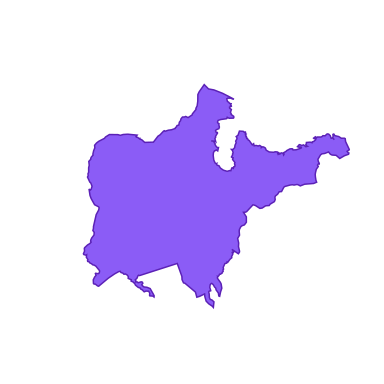 Toba Samosir, Sumatera Utara, Indonesia, rotated 125°
{"feature_id": "22746128B48431928866564", "entity_name": "Toba Samosir", "entity_type": "district", "adm_level": 2, "iso_a3": "IDN", "parent_name": "Indonesia", "parent_adm1": "Sumatera Utara", "projection": "albers", "projection_center": [99.307, 2.386], "detail": "fine", "context": "isolated", "style": "filled", "palette": "violet", "viewbox_px": 384, "rotation_deg": 125, "n_neighbors": 0, "source": "geoboundaries", "source_scale": "gbopen_adm2", "svg_char_len": 6063}
<svg xmlns="http://www.w3.org/2000/svg" viewBox="0 0 384 384"><g transform="rotate(125 192 192)"><path d="M124.9,106.8L121.0,104.2L115.3,97.3L112.5,95.5L111.3,97.2L108.8,99.6L107.0,101.1L105.4,101.9L102.1,103.2L98.7,103.2L98.0,104.6L96.2,104.6L96.1,103.9L95.6,104.1L94.4,106.2L93.0,107.6L88.0,108.0L86.3,107.5L84.3,105.4L80.9,103.1L81.7,100.3L81.4,98.5L79.3,95.0L79.8,90.2L74.8,87.9L71.3,85.4L70.1,85.8L70.3,86.6L69.7,88.3L67.4,87.4L66.9,87.6L62.6,95.1L60.4,97.1L60.5,98.0L62.3,100.5L62.4,103.6L63.9,107.3L63.2,109.1L64.0,109.6L65.8,108.1L67.0,108.0L67.5,105.4L67.0,108.0L67.9,108.5L68.1,109.0L66.6,111.0L66.2,113.1L66.5,114.1L67.3,114.8L69.6,115.2L70.8,117.1L72.1,117.3L73.1,118.0L75.2,121.0L76.3,121.1L76.0,122.6L78.2,123.3L78.3,122.9L77.4,121.0L78.4,120.7L80.8,121.3L81.9,122.2L82.7,121.9L83.4,123.8L85.8,126.7L87.0,126.0L87.8,126.0L88.5,124.4L88.4,123.7L89.6,124.7L89.4,127.6L91.0,128.9L91.3,130.6L91.7,131.3L94.4,131.6L94.2,130.6L92.8,128.6L92.8,128.0L93.5,127.8L97.7,130.9L99.4,133.1L99.6,133.8L99.0,134.3L99.2,134.9L100.5,136.5L103.6,138.1L104.8,138.3L107.1,139.4L108.5,138.2L109.1,138.2L108.4,139.0L108.2,140.1L108.5,141.0L109.4,141.7L110.6,141.8L110.6,142.5L111.8,143.0L111.2,143.9L110.1,143.6L110.3,145.2L111.4,147.0L112.7,148.0L114.9,151.7L115.2,155.2L113.9,157.1L114.0,159.1L114.6,160.2L115.9,160.7L115.0,161.4L115.0,163.2L116.4,164.2L117.1,166.2L118.5,167.6L117.1,169.2L118.8,169.7L117.0,174.7L117.2,175.6L116.5,177.0L116.8,177.8L116.2,178.0L116.0,179.0L115.3,179.3L115.4,180.0L114.9,180.2L114.5,181.1L113.5,180.9L113.5,181.6L112.3,182.5L112.3,182.9L113.1,183.2L112.9,184.8L114.9,188.1L119.0,186.9L121.3,187.6L121.6,186.6L122.6,185.7L125.3,185.4L126.3,184.1L129.0,183.6L131.2,182.5L133.6,182.8L134.5,184.1L134.9,182.5L136.3,180.8L137.7,180.6L138.2,180.0L140.7,179.8L140.8,179.1L140.4,177.9L142.1,177.4L143.2,173.8L144.6,173.3L145.2,172.3L146.6,171.6L147.5,172.3L148.9,171.7L149.0,172.8L149.5,173.2L152.3,172.4L152.7,173.3L154.9,175.1L156.1,178.8L156.1,182.5L155.0,185.0L155.6,186.7L155.1,188.0L154.4,188.1L154.9,188.5L155.0,189.6L153.4,192.4L150.0,195.5L147.5,197.0L145.3,197.2L144.6,196.5L143.6,196.3L143.6,194.5L140.4,195.8L141.0,196.6L140.9,198.1L139.9,200.4L139.1,200.8L138.8,202.2L137.8,202.9L139.1,205.6L137.2,202.2L137.2,201.4L135.1,203.9L133.6,204.0L133.2,204.5L132.1,204.7L129.1,204.9L128.7,205.4L129.3,206.3L128.3,207.9L127.0,207.8L124.7,206.3L123.1,206.8L121.6,208.5L120.5,209.1L120.6,210.6L120.1,211.2L118.4,211.7L116.2,210.1L112.3,205.9L111.7,205.6L110.6,206.0L110.3,203.9L107.7,200.4L107.1,200.4L106.1,201.2L106.0,204.4L105.4,204.8L104.8,206.1L101.8,207.1L101.8,209.2L101.0,209.9L99.2,208.9L98.9,209.2L99.4,209.9L97.2,210.6L97.9,212.0L97.4,213.3L97.5,214.9L95.7,217.0L94.8,216.7L93.0,214.2L92.5,211.9L91.9,210.9L93.6,223.5L95.8,232.6L98.1,237.6L97.0,243.6L105.9,243.6L108.8,243.1L114.4,239.3L118.5,237.2L121.2,236.8L122.1,236.1L127.7,236.5L128.8,236.1L133.3,237.9L133.7,240.5L134.8,241.1L136.0,242.8L138.3,243.0L140.2,242.3L142.1,242.4L144.7,241.2L146.2,242.4L147.7,242.1L148.7,242.5L149.6,242.2L152.8,244.5L154.9,246.8L157.7,248.9L157.6,249.7L158.3,250.2L163.6,251.0L165.8,251.9L173.3,252.2L178.5,259.2L178.0,263.3L178.6,264.9L177.9,265.4L178.6,266.3L178.4,267.9L179.0,269.0L178.7,269.7L176.9,269.6L181.5,277.8L184.4,281.4L186.7,283.2L187.5,285.6L192.3,292.6L196.5,294.4L198.3,294.5L204.0,297.5L206.6,298.3L209.6,298.6L211.6,296.9L214.5,296.3L217.9,294.9L218.5,294.2L220.9,294.5L222.4,294.3L223.2,293.7L226.1,294.1L229.1,291.5L231.4,290.6L235.1,288.0L236.7,287.7L238.2,286.4L239.7,286.2L242.5,281.4L242.7,280.0L244.6,277.2L247.5,276.2L248.6,276.3L248.6,277.4L249.0,277.7L253.3,273.6L255.2,270.9L258.3,264.5L257.7,260.0L258.2,259.0L260.5,258.1L265.5,257.5L276.8,252.9L278.3,251.9L280.4,251.1L281.2,248.9L283.5,247.6L287.1,247.8L289.3,247.4L290.5,246.8L290.9,245.9L292.8,246.1L295.3,247.2L299.2,248.0L299.9,247.9L302.1,246.1L304.9,245.5L305.3,244.8L304.6,242.6L303.9,242.3L306.1,241.1L307.0,238.6L308.2,238.2L308.7,237.6L308.2,236.2L308.7,235.2L308.4,233.1L308.6,231.6L308.0,230.1L307.9,228.1L309.5,222.6L310.5,221.9L312.1,221.6L312.8,222.1L313.8,224.3L314.2,224.4L315.4,222.8L317.5,223.0L320.6,222.5L323.4,220.3L323.6,219.5L322.9,218.3L323.1,215.5L322.7,214.4L310.5,211.1L303.4,208.4L299.3,206.4L298.2,205.4L298.7,203.9L298.1,202.2L298.4,200.6L297.3,199.4L297.2,197.3L297.8,195.7L299.4,194.7L298.7,191.4L299.9,190.8L299.5,188.5L300.1,185.8L300.7,185.0L301.0,181.3L300.4,179.6L300.9,178.3L300.7,176.6L301.2,173.9L299.5,172.8L298.1,170.5L299.2,168.5L301.0,167.5L301.3,167.0L299.7,164.3L299.8,162.9L298.8,163.4L297.9,165.0L295.1,170.9L295.9,174.3L297.3,176.8L297.2,179.0L296.6,180.0L295.0,179.9L294.3,180.9L294.7,182.1L297.2,184.1L297.1,185.4L298.1,186.6L296.9,187.1L296.5,188.1L294.3,187.6L291.7,188.2L290.9,188.1L290.5,187.0L259.0,163.1L267.0,151.8L269.5,149.9L271.3,146.8L270.8,145.5L272.0,131.8L275.4,127.7L273.1,125.9L268.3,123.2L270.4,121.4L273.3,117.8L274.0,114.1L273.9,110.1L274.3,108.3L269.4,111.0L269.0,113.7L269.5,115.5L268.5,117.2L265.7,119.4L264.3,121.0L263.2,121.0L262.3,120.0L262.0,120.1L259.9,122.8L257.6,123.9L256.4,123.9L255.5,123.4L255.7,121.5L256.9,119.0L257.1,117.5L258.4,116.1L259.6,112.5L261.8,110.4L261.6,109.5L257.4,111.3L253.7,112.4L250.6,115.4L249.7,117.0L248.1,121.6L247.4,122.2L246.4,122.2L246.3,122.6L246.0,122.2L245.0,122.0L243.6,122.3L243.1,121.6L241.2,120.8L240.4,121.2L239.3,120.9L237.9,122.0L237.1,121.9L235.9,123.2L231.7,124.0L230.4,122.8L229.1,123.2L229.0,122.4L225.3,122.3L223.0,121.7L222.3,122.5L219.6,122.9L218.4,124.4L218.0,124.2L218.0,123.4L216.8,123.4L216.1,126.4L216.0,118.6L214.2,118.6L213.2,119.1L210.1,122.6L207.0,124.5L203.8,128.0L200.1,128.3L197.0,130.9L195.4,131.7L192.4,132.1L190.8,131.6L188.9,130.2L185.6,130.1L181.2,133.2L179.1,138.2L177.8,136.6L176.8,136.0L167.5,134.7L166.7,132.4L166.5,127.0L164.9,125.3L161.1,123.8L158.8,121.0L157.1,121.0L152.6,119.0L150.5,119.5L148.7,121.1L147.4,121.4L144.8,120.6L141.8,120.7L140.3,118.9L135.4,119.5L134.2,119.1L130.1,115.7L128.5,114.0L127.8,112.4L125.8,110.5L125.2,109.4L124.9,106.8Z" fill="#8b5cf6" stroke="#5b21b6" stroke-width="1.5"/></g></svg>